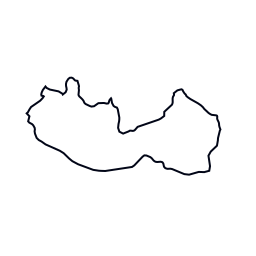 Kukës, Mercator projection, rotated 135°
{"feature_id": "ALB-1502", "entity_name": "Kukës", "entity_type": "County", "adm_level": 1, "iso_a3": "ALB", "parent_name": "Albania", "parent_adm1": "", "projection": "mercator", "projection_center": [20.174, 42.189], "detail": "fine", "context": "isolated", "style": "outline", "palette": "ink", "viewbox_px": 256, "rotation_deg": 135, "n_neighbors": 0, "source": "natural_earth", "source_scale": "10m", "svg_char_len": 2226}
<svg xmlns="http://www.w3.org/2000/svg" viewBox="0 0 256 256"><g transform="rotate(135 128 128)"><path d="M193.9,203.3L189.4,206.0L189.3,210.0L189.2,210.0L187.7,209.9L184.6,210.8L181.7,211.4L170.8,209.4L167.2,209.5L165.2,209.9L165.3,210.6L165.8,211.3L166.3,212.0L165.6,213.1L163.8,214.2L161.3,215.1L157.0,215.7L157.2,213.9L156.1,210.5L151.2,203.0L150.1,198.5L150.4,197.8L146.8,197.4L144.2,198.5L143.1,199.9L142.1,201.5L140.7,203.0L138.8,204.2L135.6,204.9L133.7,204.7L132.3,203.5L131.8,202.3L131.7,201.1L131.8,200.3L131.8,199.4L131.7,198.8L130.4,197.1L132.7,192.8L133.2,192.1L133.8,191.7L134.3,191.4L134.8,190.9L135.3,190.2L136.0,189.4L139.4,186.6L139.9,185.8L140.1,184.6L140.0,182.3L140.0,180.5L140.2,178.8L140.7,177.6L141.1,176.3L141.0,174.9L139.5,170.6L138.7,169.0L136.6,167.4L131.4,166.5L127.3,162.7L125.8,160.3L124.6,159.4L123.6,159.6L122.4,160.3L121.0,160.9L119.0,161.0L119.1,160.6L121.6,157.0L122.6,153.8L122.3,152.2L121.4,150.3L122.0,148.5L126.7,141.6L128.0,140.3L129.6,139.0L131.8,137.6L134.9,135.1L136.7,131.5L135.4,127.5L130.1,125.2L128.6,124.8L127.7,123.9L126.9,122.8L125.9,122.0L124.6,121.7L120.4,122.0L100.4,112.2L98.1,111.5L93.9,110.9L90.9,113.8L80.5,113.4L79.4,113.8L78.2,114.6L75.7,117.2L74.6,118.0L73.7,118.4L73.0,118.5L72.3,118.7L71.9,119.0L71.0,120.2L66.5,119.7L64.0,118.3L62.8,117.5L62.5,116.5L63.1,114.8L63.5,112.9L63.6,112.0L63.5,111.0L63.7,110.3L64.1,109.5L64.0,107.5L63.4,104.3L61.1,96.1L60.4,92.4L60.3,89.6L60.6,87.6L60.4,81.6L60.0,79.6L59.5,78.1L56.7,74.6L56.4,73.8L56.7,73.1L58.4,71.5L58.9,70.5L59.7,68.2L60.2,67.2L60.8,66.4L61.5,65.7L62.1,64.8L62.6,64.0L63.7,61.6L64.9,61.2L71.5,57.2L73.2,55.7L77.6,52.6L86.2,52.8L90.7,51.5L97.0,43.0L100.8,40.3L105.3,42.9L109.0,46.9L117.8,51.8L120.8,55.6L125.8,67.7L126.7,69.1L129.1,71.4L130.0,73.2L129.9,75.2L128.1,78.0L127.9,79.5L128.7,81.0L131.5,83.4L132.5,84.8L132.9,86.7L132.6,89.9L132.8,91.6L134.4,95.5L135.8,97.1L137.9,97.4L150.0,97.1L152.7,97.6L174.5,113.7L177.4,116.8L178.8,118.4L182.2,123.0L188.9,137.6L190.8,143.9L191.2,148.1L191.3,155.7L192.3,160.1L197.9,174.7L198.7,179.5L199.6,182.6L199.6,185.6L197.7,189.9L196.3,191.8L195.0,192.7L193.9,194.1L193.1,196.9L193.1,198.6L194.0,201.6L193.9,203.3Z" fill="none" stroke="#020617" stroke-width="2"/></g></svg>